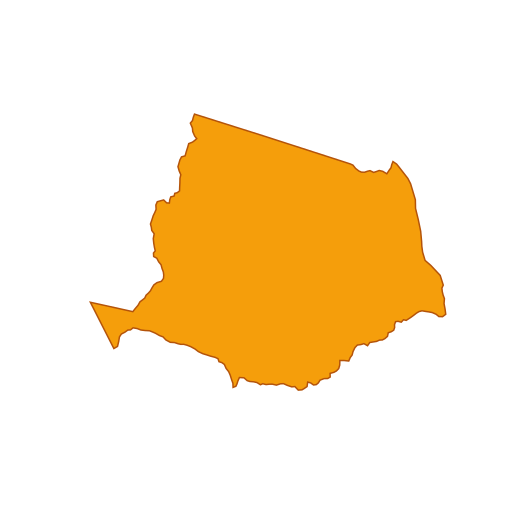 Palmeiras do Tocantins, Tocantins, Brazil, rotated 327°
{"feature_id": "56859067B46130083042183", "entity_name": "Palmeiras do Tocantins", "entity_type": "district", "adm_level": 2, "iso_a3": "BRA", "parent_name": "Brazil", "parent_adm1": "Tocantins", "projection": "equal_earth", "projection_center": [-47.673, -6.586], "detail": "fine", "context": "isolated", "style": "filled", "palette": "amber", "viewbox_px": 512, "rotation_deg": 327, "n_neighbors": 0, "source": "geoboundaries", "source_scale": "gbopen_adm2", "svg_char_len": 2938}
<svg xmlns="http://www.w3.org/2000/svg" viewBox="0 0 512 512"><g transform="rotate(327 256 256)"><path d="M281.7,103.5L279.0,105.5L276.5,107.8L273.3,108.8L272.4,114.0L270.7,117.2L269.9,122.0L270.2,125.3L267.7,125.7L264.7,125.9L260.8,125.1L257.8,127.7L254.5,130.4L251.1,133.4L247.5,132.3L244.5,134.0L242.2,136.0L239.2,138.6L237.9,142.8L237.2,146.9L234.6,149.4L231.8,153.5L229.4,156.8L227.3,159.8L224.4,160.0L222.0,159.2L220.0,161.1L216.7,160.0L214.3,161.9L212.2,164.4L210.0,162.8L209.1,158.7L205.4,157.5L202.8,156.7L199.8,158.7L197.6,162.5L194.8,164.4L191.8,166.2L188.0,169.3L184.9,171.7L183.9,174.8L182.5,177.8L182.7,181.9L179.3,185.5L177.2,189.6L175.5,193.5L174.3,196.8L171.6,197.7L169.9,200.7L171.6,203.8L171.2,207.9L171.6,211.6L170.4,215.3L169.6,218.9L168.2,221.8L166.2,224.4L162.9,225.7L158.5,224.4L154.6,224.6L151.4,226.1L148.5,227.7L145.6,228.5L142.5,229.0L139.8,230.7L136.9,231.0L133.8,231.2L130.2,233.1L126.1,234.3L122.4,235.6L91.9,204.6L86.4,256.2L90.6,256.4L94.2,253.0L97.4,249.5L100.6,248.1L104.6,248.5L108.1,248.3L110.5,249.6L113.8,249.3L116.9,252.2L119.1,255.3L122.4,258.1L126.0,260.7L128.0,263.6L129.6,266.0L131.7,270.1L134.0,273.2L134.7,277.3L137.1,281.7L140.5,284.2L142.9,287.2L144.9,289.2L147.3,290.7L149.6,293.3L151.9,296.5L154.2,300.8L155.6,304.8L158.2,309.0L160.9,312.2L163.3,315.2L166.5,318.7L168.2,321.4L167.4,324.5L169.3,326.8L170.4,329.7L169.7,334.0L170.1,338.1L169.5,341.8L168.2,346.4L167.3,350.2L165.2,353.7L168.2,354.3L170.4,352.9L172.8,350.9L175.9,348.9L179.6,351.6L180.7,355.7L182.5,357.9L185.6,360.3L187.9,362.7L189.6,366.4L192.1,366.8L194.4,369.3L197.2,370.7L199.8,372.3L202.8,375.4L206.9,376.5L209.6,378.1L211.7,381.4L214.7,385.2L217.5,386.7L218.4,391.5L221.7,393.3L224.3,393.4L227.7,393.3L230.7,389.9L232.7,392.2L234.0,395.5L236.5,396.7L239.1,396.4L242.1,395.0L246.3,395.9L249.4,397.8L252.3,397.9L254.2,394.8L258.0,396.0L260.8,396.2L264.0,395.5L266.8,393.1L269.4,389.3L272.8,391.5L276.6,394.6L279.7,392.5L282.7,391.4L285.3,389.0L289.1,386.7L292.5,385.9L295.7,387.4L298.8,388.3L300.7,392.0L304.3,390.5L307.7,392.0L310.6,393.3L313.8,393.8L316.2,395.2L319.0,395.5L322.5,395.0L325.1,392.4L328.2,393.2L331.1,393.2L333.3,391.5L334.8,389.0L337.3,387.1L339.5,388.1L341.8,390.6L345.0,389.8L346.9,391.8L349.5,391.8L352.4,391.8L356.1,391.6L359.5,391.3L362.4,391.4L365.4,392.4L368.2,395.0L370.5,397.0L373.0,399.4L375.3,402.9L376.4,406.4L379.4,408.5L383.4,408.2L385.6,403.6L387.8,398.3L390.8,394.4L391.7,390.5L392.8,387.4L394.4,384.2L397.2,382.4L399.9,372.6L397.5,359.2L395.4,351.8L397.8,343.6L400.4,338.1L402.7,334.2L407.6,324.9L411.9,313.9L415.7,303.0L420.3,295.6L425.0,279.6L425.6,273.7L424.4,259.5L424.0,255.5L422.3,251.4L419.5,253.4L417.3,255.5L414.6,256.5L410.5,258.3L408.4,254.0L405.9,251.4L402.8,250.7L400.2,250.0L398.1,246.5L395.6,245.6L392.7,244.9L390.1,243.1L388.5,240.6L387.2,236.8L386.8,232.6L385.2,230.1L327.8,159.5L309.6,137.4L281.7,103.5Z" fill="#f59e0b" stroke="#b45309" stroke-width="1.5"/></g></svg>